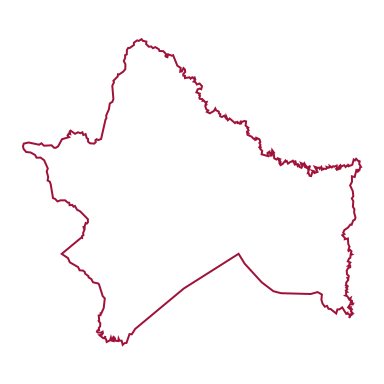 the district of Puerto Lleras, Meta, Colombia
{"feature_id": "7082276B33547604414651", "entity_name": "Puerto Lleras", "entity_type": "district", "adm_level": 2, "iso_a3": "COL", "parent_name": "Colombia", "parent_adm1": "Meta", "projection": "robinson", "projection_center": [-73.194, 3.209], "detail": "fine", "context": "isolated", "style": "outline", "palette": "rose", "viewbox_px": 384, "rotation_deg": 0, "n_neighbors": 0, "source": "geoboundaries", "source_scale": "gbopen_adm2", "svg_char_len": 5959}
<svg xmlns="http://www.w3.org/2000/svg" viewBox="0 0 384 384"><path d="M47.6,180.5L49.7,181.6L50.7,184.2L53.0,198.1L55.1,198.9L57.5,201.4L60.7,200.3L65.1,200.3L67.6,202.5L69.2,202.7L69.6,205.2L72.3,204.9L73.5,206.7L74.9,206.0L77.1,209.8L80.0,211.2L87.9,219.2L87.9,222.3L86.9,223.5L85.7,223.0L84.6,226.5L83.5,227.0L84.0,228.5L84.6,228.0L84.6,229.4L83.1,233.0L83.4,235.2L82.1,236.0L82.1,237.9L81.3,237.6L61.7,253.9L68.0,258.1L69.8,262.3L78.1,267.1L79.6,270.3L83.0,270.6L84.7,271.9L85.2,273.7L88.5,276.2L88.6,277.4L91.3,279.0L93.0,282.3L98.3,283.5L99.0,284.4L102.7,296.1L104.8,298.4L103.7,308.1L101.3,313.4L100.6,313.3L100.5,315.2L98.7,315.5L99.2,320.2L98.6,320.9L100.3,323.2L100.1,326.4L98.8,328.0L99.1,330.0L97.5,330.4L96.9,331.7L97.7,332.5L101.2,332.6L102.6,331.7L102.9,333.2L101.9,334.7L99.5,335.1L103.2,338.2L104.5,337.8L105.3,336.1L105.1,338.6L106.1,339.3L106.7,342.0L110.0,340.3L110.9,337.6L111.7,340.7L113.5,341.1L112.8,338.2L113.5,336.9L114.7,337.9L115.5,340.7L118.3,341.1L118.6,338.7L119.5,340.7L121.6,340.7L122.7,344.8L124.4,343.2L126.5,342.9L129.5,334.1L131.8,334.3L135.1,329.0L183.8,288.5L238.6,253.8L244.6,263.6L261.7,282.3L273.4,291.2L281.0,293.2L310.6,294.0L317.6,292.1L321.9,294.5L321.4,299.7L322.5,303.5L324.8,306.7L327.0,305.9L328.5,308.8L330.6,309.0L336.2,313.5L337.4,309.4L339.4,309.4L342.2,307.4L346.2,313.8L347.5,312.9L347.6,313.8L349.9,314.6L349.3,318.0L351.3,314.0L351.7,314.7L352.6,313.9L351.5,313.6L352.3,312.7L351.0,311.5L351.1,309.9L351.9,309.5L351.3,308.4L349.8,308.1L350.3,307.3L349.3,307.4L349.3,308.4L348.1,307.4L350.2,304.3L352.8,304.4L353.1,303.7L352.2,303.8L352.0,301.4L350.8,302.0L351.1,300.4L350.0,300.0L350.6,298.0L349.0,299.1L347.4,296.3L345.3,295.5L346.2,295.0L346.1,292.1L347.2,291.9L345.9,290.5L347.3,289.2L346.2,287.7L347.4,286.8L346.3,285.8L347.0,285.6L346.1,284.8L346.3,282.4L348.3,279.9L347.5,278.1L348.3,278.2L348.8,276.0L347.0,274.3L346.7,270.8L348.0,268.2L350.2,267.2L350.2,266.2L348.2,265.9L349.7,264.8L349.3,263.9L350.3,262.5L347.8,261.4L349.1,258.5L350.3,257.8L350.6,255.0L352.1,254.4L350.8,253.7L351.5,251.3L350.2,250.0L348.6,251.0L348.3,250.1L349.5,246.7L348.3,244.3L347.9,238.5L344.8,239.2L345.0,238.1L342.3,235.2L344.4,234.1L343.2,232.7L344.4,230.0L347.9,227.7L350.4,224.5L351.6,224.8L353.2,220.5L354.8,219.7L355.5,217.7L354.1,212.4L354.4,209.2L352.9,206.7L353.3,201.1L351.8,198.5L353.3,196.2L352.8,191.2L350.1,185.4L352.0,181.8L351.9,176.3L354.7,177.0L356.3,170.4L357.7,171.7L358.6,170.9L358.1,169.9L359.5,169.9L360.2,167.1L361.0,166.9L359.2,164.0L359.8,160.5L359.0,161.7L356.1,158.8L355.0,160.4L353.7,159.5L352.3,164.8L349.6,165.9L348.4,165.0L348.2,166.1L347.1,165.5L345.6,167.0L344.2,165.2L341.2,166.5L340.4,165.2L339.4,166.2L340.9,167.1L340.5,168.1L339.2,167.4L338.5,168.2L339.3,168.9L336.8,169.8L336.2,168.9L337.9,167.9L336.9,168.0L336.7,165.6L334.2,166.7L333.1,166.2L331.8,167.5L329.9,166.1L330.4,167.9L329.4,166.6L328.6,167.7L326.7,167.0L327.1,168.1L326.0,168.9L323.2,168.6L323.3,170.1L322.6,168.9L321.8,169.6L321.3,167.0L319.8,168.6L319.6,167.7L318.2,167.7L317.1,168.7L316.8,167.5L314.8,166.8L317.5,171.9L314.6,173.0L314.5,171.4L312.3,170.8L313.3,171.9L312.1,172.8L311.1,176.1L309.6,175.8L308.5,172.8L307.9,173.0L309.5,167.6L308.4,168.4L308.7,166.8L307.4,167.6L306.3,166.2L306.2,167.6L305.1,167.1L305.4,165.8L304.3,165.6L305.0,164.5L304.3,163.2L303.6,164.3L301.0,163.1L302.3,166.2L301.5,167.8L299.7,167.0L299.5,165.6L297.8,166.3L297.5,165.3L298.6,164.8L297.9,164.1L294.8,164.6L294.4,163.7L295.4,163.8L295.8,162.7L295.4,161.3L293.6,161.7L292.4,160.0L292.7,161.5L290.5,161.8L288.0,163.6L286.8,161.1L285.9,161.6L285.4,160.6L282.5,164.1L280.5,165.1L279.7,163.7L280.5,163.7L280.6,161.7L280.1,161.0L279.4,161.5L278.6,159.8L279.8,159.1L277.7,158.2L276.4,159.5L274.2,158.3L274.0,155.0L273.0,153.6L274.1,152.9L272.2,150.2L271.7,155.6L270.1,155.6L270.6,152.8L269.5,152.8L269.4,151.7L267.5,153.0L268.0,156.1L261.6,154.3L262.2,150.9L260.1,148.7L260.7,147.4L259.4,147.2L260.5,144.9L259.4,143.0L260.3,142.0L259.5,139.3L256.5,137.9L256.6,139.4L255.2,139.9L255.0,138.5L253.6,138.8L251.5,136.6L247.5,134.8L247.1,132.2L247.9,132.5L247.3,131.6L248.6,130.4L247.4,128.2L248.2,127.7L245.6,125.6L246.1,121.4L244.3,121.0L241.6,122.1L240.4,120.8L241.1,123.5L239.8,123.8L237.6,122.1L237.3,122.9L236.0,122.1L235.0,123.1L229.7,118.5L227.9,120.2L226.1,116.2L225.8,117.9L224.3,115.7L221.9,117.0L220.1,116.2L220.3,114.1L218.9,113.4L218.8,111.6L216.1,110.3L215.3,108.5L213.9,111.0L209.8,113.3L206.9,111.9L208.2,110.4L206.4,109.4L205.2,106.1L206.3,104.7L205.7,104.4L206.7,102.0L205.3,102.3L204.1,100.8L202.7,100.8L203.1,100.0L202.3,99.1L199.7,98.8L199.3,97.6L200.0,95.9L199.2,95.1L199.9,93.7L196.4,92.4L197.7,89.3L199.6,88.6L201.2,89.2L202.0,86.2L199.6,83.5L196.9,84.5L195.3,82.0L193.7,81.6L195.3,79.7L194.6,77.4L193.6,77.7L193.7,78.5L192.2,77.3L190.6,78.7L189.4,77.3L185.0,78.1L184.9,75.8L183.4,75.7L183.2,74.2L185.2,71.9L184.9,69.5L183.5,68.1L181.9,71.4L180.2,71.7L180.7,67.9L177.4,65.8L173.1,55.2L171.8,55.7L168.1,54.3L167.4,57.2L166.1,56.8L165.4,56.0L166.2,54.3L163.4,51.2L159.5,51.0L158.8,49.2L155.3,47.1L152.9,48.2L151.2,46.5L148.8,46.7L146.1,44.0L146.4,41.6L142.8,40.8L141.6,39.2L138.8,40.9L137.1,40.4L133.9,42.7L133.9,45.0L129.7,48.0L128.2,47.9L126.9,50.0L126.8,54.4L125.1,55.2L125.2,57.8L123.8,61.0L125.4,64.2L125.3,69.1L123.2,71.7L118.9,74.6L118.0,74.3L117.6,76.6L113.4,80.8L114.0,82.2L112.3,85.8L113.4,99.0L112.4,101.8L109.8,103.5L108.9,109.3L106.2,115.5L106.4,118.3L105.5,119.6L101.1,139.0L98.1,140.1L96.6,139.2L95.4,140.2L95.8,142.1L94.2,143.6L90.0,143.3L88.1,141.7L88.0,138.9L86.7,138.1L85.6,134.1L83.3,135.0L82.4,132.3L80.5,133.2L77.9,132.3L75.0,133.8L70.5,130.6L69.7,131.5L70.2,134.1L68.7,133.6L67.6,135.5L69.1,137.1L62.0,139.2L58.1,146.4L55.7,147.8L54.0,147.7L51.6,145.3L44.0,145.7L41.4,143.3L39.1,144.7L28.6,142.5L23.8,143.6L23.0,146.1L23.6,149.0L26.2,152.0L30.7,152.5L35.1,155.0L36.5,157.7L40.6,157.6L44.2,160.3L47.8,168.5L46.7,171.5L48.2,177.0L47.6,180.5Z" fill="none" stroke="#9f1239" stroke-width="2"/></svg>